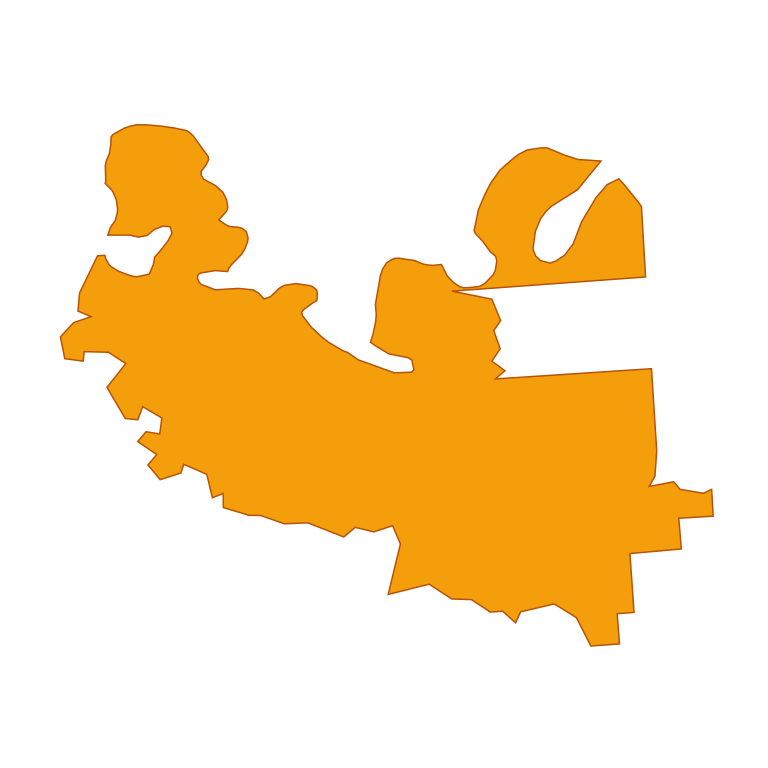 Warren, Mississippi, United States of America, rotated 86°
{"feature_id": "52423323B35376266327581", "entity_name": "Warren", "entity_type": "district", "adm_level": 2, "iso_a3": "USA", "parent_name": "United States of America", "parent_adm1": "Mississippi", "projection": "equal_earth", "projection_center": [-90.955, 32.349], "detail": "fine", "context": "isolated", "style": "filled", "palette": "amber", "viewbox_px": 768, "rotation_deg": 86, "n_neighbors": 0, "source": "geoboundaries", "source_scale": "gbopen_adm2", "svg_char_len": 3272}
<svg xmlns="http://www.w3.org/2000/svg" viewBox="0 0 768 768"><g transform="rotate(86 384 384)"><path d="M236.1,653.5L236.2,660.9L272.1,681.4L289.9,684.2L296.4,671.5L301.1,689.3L314.4,703.5L336.5,700.7L340.2,682.5L330.8,680.8L333.1,656.7L345.6,640.1L368.0,660.6L400.4,644.5L402.5,632.1L389.8,626.3L402.4,608.0L418.2,611.2L415.0,624.7L424.3,633.7L438.5,615.6L448.3,625.2L463.8,613.9L458.6,592.8L450.2,589.4L461.7,567.1L485.5,563.1L482.0,552.1L496.1,552.9L504.8,529.8L505.5,528.7L506.6,516.1L516.5,493.2L517.2,469.6L533.8,434.8L525.0,422.7L530.8,404.5L525.9,385.3L544.7,378.8L594.2,394.5L586.8,353.1L603.2,331.3L605.2,311.8L618.9,293.9L619.0,281.4L631.4,269.4L620.8,263.6L615.2,229.6L630.4,208.4L659.8,195.9L659.7,167.2L629.4,167.4L629.3,150.5L570.3,150.5L569.5,110.4L569.3,98.9L538.5,99.3L538.8,64.8L512.0,64.5L515.3,73.1L509.7,96.1L501.7,101.8L504.7,126.6L494.8,120.1L469.5,116.6L387.4,116.1L386.7,272.5L379.2,262.4L368.8,274.8L357.0,265.6L338.4,270.8L328.9,263.2L306.9,270.5L296.1,309.8L295.5,115.6L225.0,114.8L219.8,117.9L202.0,130.4L201.6,130.7L195.7,135.4L200.7,147.6L213.0,159.6L235.5,175.3L257.3,185.5L268.1,194.7L273.6,204.6L274.9,210.0L271.8,219.3L266.8,223.8L259.8,226.0L242.2,222.3L229.7,216.1L222.9,210.1L218.4,204.7L203.7,177.4L176.7,152.0L173.6,174.6L168.6,187.2L159.9,204.7L159.4,210.7L160.5,224.8L164.0,233.0L166.9,237.9L178.9,253.6L190.9,263.4L201.2,269.7L216.6,277.6L237.3,283.4L240.2,282.3L248.9,275.3L259.3,268.9L264.5,263.7L269.0,262.9L278.3,265.0L282.6,267.4L290.6,276.3L291.5,278.0L293.0,281.0L293.4,283.0L293.8,293.7L293.5,298.1L292.2,301.4L289.2,305.7L286.2,308.8L280.7,313.3L268.8,318.4L269.1,326.8L268.3,332.1L266.9,337.1L263.0,344.7L259.5,360.6L259.5,364.7L260.4,367.7L263.4,373.0L269.2,377.3L275.4,380.0L303.9,387.0L314.2,386.9L321.4,388.0L333.6,391.5L341.4,394.6L345.5,389.6L354.4,376.9L359.5,357.8L362.2,354.6L371.7,353.1L374.1,355.6L373.6,372.9L358.1,408.0L350.1,418.0L347.8,422.9L338.1,437.0L332.7,442.8L322.2,452.6L309.9,460.7L306.8,461.1L305.3,460.1L303.2,457.5L298.0,449.1L296.3,445.6L295.4,444.9L288.7,444.2L286.1,444.6L284.7,445.4L281.8,448.6L280.6,451.4L277.7,464.9L278.6,476.3L280.4,480.5L281.6,482.3L289.0,491.2L290.7,497.4L290.2,498.3L284.7,502.6L281.0,507.9L278.5,522.4L278.4,528.5L278.3,545.6L272.1,559.1L271.2,560.1L268.9,561.5L268.6,561.6L266.2,562.6L263.4,562.4L261.5,561.5L260.4,558.6L259.1,544.3L260.9,532.2L258.1,531.0L255.0,528.5L244.4,516.7L239.9,513.6L233.0,510.3L228.8,509.4L222.2,510.8L218.8,514.6L217.4,518.7L216.3,526.4L214.5,530.2L208.9,537.4L200.3,528.7L196.7,527.5L189.1,528.2L181.6,531.3L174.2,538.4L167.0,549.8L163.0,551.7L162.1,551.6L159.2,551.6L153.2,546.3L149.2,543.9L147.7,543.3L144.7,543.6L123.0,557.2L119.4,560.6L117.5,563.2L114.0,575.3L111.4,587.3L109.0,601.8L108.2,612.8L109.2,619.8L110.8,625.5L116.3,637.2L118.6,639.1L125.6,639.7L135.0,641.9L142.0,645.4L146.6,646.8L162.2,647.4L164.5,648.2L171.2,642.3L173.5,641.0L182.0,638.1L190.9,637.6L195.0,638.2L202.0,640.6L208.7,646.0L216.2,649.1L217.9,625.6L218.8,624.3L220.3,618.5L219.3,609.9L213.9,602.4L211.1,593.5L212.2,586.3L218.8,585.0L226.3,589.6L235.1,597.5L241.3,603.8L248.7,605.8L258.0,610.4L259.8,623.2L259.0,627.1L257.8,630.5L253.0,641.0L247.8,648.1L245.7,650.0L239.5,652.9L236.1,653.5Z" fill="#f59e0b" stroke="#b45309" stroke-width="1.5"/></g></svg>